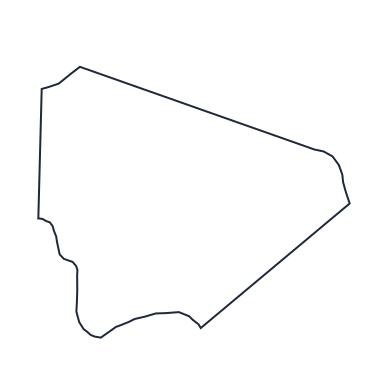 Bongalo, Choiseul, Saint Lucia, rotated 264°
{"feature_id": "8701671B48752097884677", "entity_name": "Bongalo", "entity_type": "district", "adm_level": 2, "iso_a3": "LCA", "parent_name": "Saint Lucia", "parent_adm1": "Choiseul", "projection": "orthographic", "projection_center": [-61.031, 13.766], "detail": "fine", "context": "isolated", "style": "outline", "palette": "slate", "viewbox_px": 384, "rotation_deg": 264, "n_neighbors": 0, "source": "geoboundaries", "source_scale": "gbopen_adm2", "svg_char_len": 716}
<svg xmlns="http://www.w3.org/2000/svg" viewBox="0 0 384 384"><g transform="rotate(264 192 192)"><path d="M55.8,186.5L164.1,347.6L175.4,345.1L185.9,343.3L193.5,343.3L203.4,340.9L212.7,335.5L218.6,327.1L221.5,318.1L328.2,93.6L323.0,85.1L313.7,70.7L311.3,59.9L310.2,53.3L181.7,36.4L181.7,37.1L180.8,40.6L178.5,43.7L176.6,47.5L172.7,49.8L167.9,50.6L161.9,52.3L156.6,52.5L143.7,53.9L138.9,57.6L134.9,66.0L130.4,69.1L126.3,69.9L121.4,69.1L106.2,67.6L94.4,66.0L85.1,64.5L74.5,66.2L66.9,69.9L63.9,73.2L60.5,76.2L58.4,80.1L56.7,86.1L65.9,102.5L66.3,104.7L69.4,115.6L71.7,121.7L73.0,132.4L75.0,143.2L74.3,153.1L73.9,166.4L68.7,176.2L65.1,179.1L59.8,184.6L55.8,186.5Z" fill="none" stroke="#1e293b" stroke-width="2"/></g></svg>